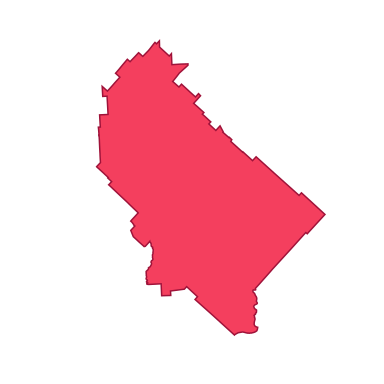 the district of Richmond, Queensland, Australia, rotated 127°
{"feature_id": "25037944B62712341328684", "entity_name": "Richmond", "entity_type": "district", "adm_level": 2, "iso_a3": "AUS", "parent_name": "Australia", "parent_adm1": "Queensland", "projection": "mercator", "projection_center": [143.266, -20.57], "detail": "fine", "context": "isolated", "style": "filled", "palette": "rose", "viewbox_px": 384, "rotation_deg": 127, "n_neighbors": 0, "source": "geoboundaries", "source_scale": "gbopen_adm2", "svg_char_len": 5278}
<svg xmlns="http://www.w3.org/2000/svg" viewBox="0 0 384 384"><g transform="rotate(127 192 192)"><path d="M156.0,74.8L154.5,74.7L129.9,72.3L126.8,104.1L130.3,104.4L128.2,129.1L127.5,137.5L126.0,154.2L125.3,162.0L130.2,162.5L130.5,162.5L129.6,172.4L129.3,175.5L129.7,175.5L128.3,191.4L127.8,191.4L127.6,191.5L126.6,191.7L126.3,191.7L126.3,191.8L126.0,193.5L125.9,195.3L126.3,195.3L125.7,203.3L125.3,203.3L125.2,203.3L125.0,203.6L122.3,209.4L128.5,210.0L127.5,219.5L124.7,219.2L124.7,219.4L123.9,226.9L123.6,230.6L121.4,230.3L120.6,238.8L120.4,241.8L120.2,243.6L120.2,244.0L110.0,243.1L109.5,246.0L114.0,246.4L113.4,253.3L112.2,265.3L116.0,265.6L115.4,273.2L115.4,273.3L115.4,273.9L108.2,273.7L104.7,273.7L93.2,271.5L92.1,272.3L96.5,277.8L102.4,284.7L93.9,291.7L97.1,292.0L95.8,305.1L90.9,309.0L95.0,309.5L94.8,311.6L96.6,311.7L103.5,311.8L105.1,311.9L105.4,311.9L113.3,312.9L113.3,313.3L112.9,317.6L112.9,318.5L117.7,319.0L125.2,319.9L125.1,321.0L125.1,321.5L124.9,323.5L130.2,323.8L132.0,323.9L134.2,324.0L138.9,324.2L143.2,324.5L143.7,318.7L151.5,319.4L154.6,319.6L159.3,320.0L162.3,320.3L161.7,327.3L169.4,320.8L166.6,317.5L173.7,311.5L180.6,305.7L186.0,312.2L195.1,304.5L195.3,304.3L196.6,305.8L198.2,304.3L202.0,300.9L202.2,301.0L203.0,300.4L202.8,300.2L206.1,297.4L211.8,292.7L213.6,291.2L216.8,288.5L217.8,287.7L220.2,285.7L223.6,282.8L227.9,283.3L229.2,283.4L229.3,282.9L230.2,273.3L230.3,272.8L230.8,267.6L231.5,267.7L232.1,262.4L236.4,262.9L236.4,262.6L239.4,235.4L239.5,235.2L241.0,222.5L241.2,222.4L241.3,222.5L241.5,222.5L241.8,222.5L244.2,222.7L246.4,222.9L250.0,223.3L252.1,223.4L252.3,221.7L252.7,220.3L253.1,219.0L253.2,218.8L253.3,218.8L253.5,218.4L253.6,217.6L253.6,217.2L259.5,217.8L263.0,212.0L263.3,208.8L263.8,204.2L264.2,199.1L264.4,197.4L263.5,196.6L257.0,196.0L256.9,196.0L257.0,195.9L257.2,195.7L257.3,195.6L257.3,195.1L257.4,194.9L257.4,194.6L257.6,194.4L257.6,194.1L257.7,193.8L258.0,193.4L258.6,193.0L258.8,192.8L259.1,192.6L259.5,192.2L259.7,191.9L259.8,191.8L259.9,191.4L259.9,191.2L259.8,190.7L259.7,190.4L259.8,190.2L260.2,189.9L260.3,189.8L260.6,189.7L260.8,189.5L260.9,189.3L260.9,189.1L261.0,188.9L261.1,188.7L261.3,188.3L261.4,188.2L261.7,188.1L262.0,187.9L262.2,187.7L262.3,187.6L262.5,187.4L263.1,187.2L263.3,187.1L263.6,187.0L263.7,186.9L263.8,186.8L264.0,186.5L264.1,186.4L264.3,186.3L264.7,186.1L264.9,186.0L265.3,185.9L265.5,185.9L265.9,185.8L266.1,185.7L266.3,185.6L266.5,185.3L266.6,185.2L266.9,185.0L267.2,184.7L267.6,184.5L267.8,184.4L268.0,184.2L268.3,183.9L268.5,183.5L268.6,183.4L268.8,183.2L269.0,183.0L269.1,182.8L269.3,182.7L269.9,182.6L270.2,182.6L270.4,182.6L270.5,182.6L270.9,182.8L271.0,182.9L271.7,182.9L272.0,182.8L272.4,182.7L272.7,182.5L272.9,182.3L272.9,182.1L273.0,181.9L273.1,181.7L273.3,181.4L273.9,181.0L274.2,180.9L274.6,180.8L274.9,180.7L275.2,180.6L275.6,180.6L275.9,180.6L276.3,180.5L276.6,180.4L276.8,180.4L277.1,180.5L277.3,180.6L277.6,180.8L278.0,180.9L278.2,181.0L278.4,181.0L278.7,181.1L278.8,180.9L279.0,180.8L279.3,180.7L279.5,180.6L280.5,180.4L280.9,180.5L281.2,180.5L281.5,180.6L282.3,180.7L282.5,180.7L282.6,180.8L282.8,180.8L283.2,180.7L283.5,180.6L283.6,180.4L283.7,180.2L283.8,180.1L284.1,179.9L284.3,179.8L284.4,179.7L284.5,179.7L284.8,179.3L285.0,179.1L285.4,178.8L285.7,178.7L285.9,178.6L286.0,178.4L286.3,178.1L286.5,177.9L286.7,177.6L286.9,177.4L287.2,177.1L287.3,177.0L287.5,177.0L287.7,176.9L288.0,176.8L288.5,176.7L288.8,176.5L289.0,176.3L289.1,176.2L289.2,175.9L289.2,175.6L289.2,175.4L289.2,175.1L289.2,174.7L289.3,174.5L289.5,174.4L289.8,174.4L290.0,174.4L290.2,174.5L290.3,174.5L290.5,174.5L290.8,174.5L291.0,174.4L291.2,174.2L291.3,174.1L291.3,173.8L291.2,173.6L291.0,173.4L291.0,173.2L291.0,172.9L291.2,172.7L291.3,172.7L291.5,172.7L291.6,172.8L291.8,172.9L291.9,173.0L292.1,173.1L292.3,173.0L292.5,172.9L292.7,172.7L292.7,172.4L292.6,172.2L292.4,171.8L292.4,171.7L291.7,170.7L283.9,161.4L293.1,153.8L287.4,146.7L284.0,149.6L274.2,139.6L270.8,139.3L272.3,124.6L276.0,124.9L278.0,100.9L280.7,72.0L280.1,72.0L277.4,70.8L276.6,70.4L273.4,67.4L273.2,67.1L272.7,66.0L271.8,63.8L271.3,62.8L270.8,62.1L270.1,61.0L269.3,60.3L268.9,59.7L267.9,58.9L267.2,58.3L266.6,57.9L265.4,57.2L263.8,56.7L262.4,57.1L261.2,57.7L260.5,58.1L260.7,58.5L260.9,59.1L261.1,60.0L261.2,60.8L261.0,61.4L260.7,62.1L260.4,62.6L259.8,63.1L258.9,63.6L258.5,63.9L257.1,64.5L256.6,64.7L255.8,65.0L255.5,65.3L255.3,65.6L254.8,65.8L254.7,66.2L254.6,66.6L254.3,66.9L254.0,67.1L253.8,67.2L253.6,67.3L253.3,67.7L253.3,68.0L253.2,68.2L252.9,68.2L252.4,68.1L252.0,68.1L251.7,68.0L251.6,67.8L251.3,67.8L251.1,68.1L250.6,68.2L250.1,68.3L249.9,68.1L249.6,68.0L248.9,68.4L248.4,68.7L248.2,69.0L247.9,69.3L247.5,69.3L247.4,69.5L247.4,69.8L247.4,70.3L247.4,70.8L247.5,71.9L246.8,73.0L246.2,73.9L245.0,74.0L244.4,73.9L242.5,72.9L241.9,72.8L241.4,73.0L241.1,73.5L240.9,73.9L240.8,74.4L240.4,74.9L239.4,75.4L238.6,75.8L237.8,76.4L237.2,77.2L236.9,77.8L236.4,79.3L235.9,80.0L235.4,80.9L235.3,81.2L235.2,82.7L235.1,83.0L234.9,83.3L234.2,83.9L234.0,84.0L233.7,84.2L233.4,84.1L233.1,83.9L232.8,83.3L232.6,83.0L232.4,82.7L232.1,82.5L231.9,82.3L231.6,82.4L231.4,82.7L230.8,83.4L228.0,83.1L224.6,82.8L208.4,81.5L205.2,81.3L198.9,80.7L178.1,78.7L158.7,77.0L155.9,76.7L156.0,74.8Z" fill="#f43f5e" stroke="#9f1239" stroke-width="1.5"/></g></svg>